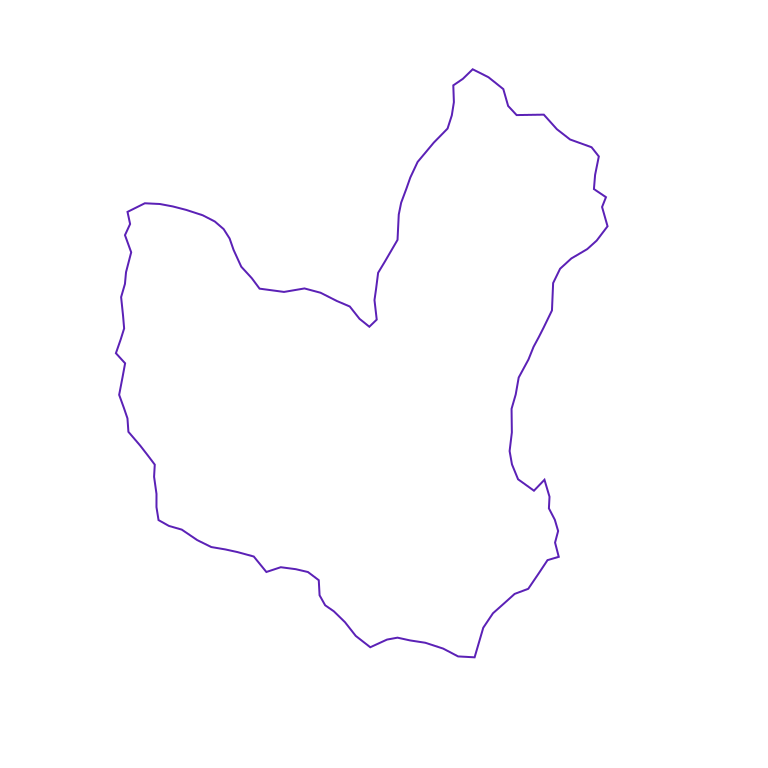 Paranapuã, São Paulo, Brazil (orthographic projection), rotated 347°
{"feature_id": "56859067B54514315232654", "entity_name": "Paranapuã", "entity_type": "district", "adm_level": 2, "iso_a3": "BRA", "parent_name": "Brazil", "parent_adm1": "São Paulo", "projection": "orthographic", "projection_center": [-50.592, -20.064], "detail": "fine", "context": "isolated", "style": "outline", "palette": "violet", "viewbox_px": 768, "rotation_deg": 347, "n_neighbors": 0, "source": "geoboundaries", "source_scale": "gbopen_adm2", "svg_char_len": 1761}
<svg xmlns="http://www.w3.org/2000/svg" viewBox="0 0 768 768"><g transform="rotate(347 384 384)"><path d="M637.3,280.6L636.3,260.6L642.3,251.9L632.4,241.3L636.7,227.8L644.5,210.6L639.5,200.0L620.3,187.6L609.8,174.7L600.3,157.5L573.7,151.8L567.5,141.0L566.6,123.5L554.8,108.6L541.2,97.3L529.5,104.4L518.7,108.6L515.5,125.1L510.5,137.5L503.4,149.4L486.8,160.0L466.7,175.2L456.1,188.7L449.7,198.8L441.5,211.2L436.5,222.2L429.6,246.6L412.6,264.7L403.3,274.3L397.5,290.0L393.6,300.1L391.4,319.6L382.6,324.9L374.8,315.0L368.1,300.8L356.7,292.5L342.7,280.8L328.0,273.0L307.3,271.8L284.2,263.1L279.0,251.2L271.3,237.6L267.6,219.5L266.3,207.5L262.6,197.0L255.7,187.6L245.3,178.8L230.5,169.9L218.2,163.5L206.1,158.2L191.6,154.1L172.8,158.6L172.6,171.0L165.1,180.7L167.3,198.8L157.8,217.0L154.1,228.2L147.4,240.2L145.1,258.8L143.3,271.4L137.5,281.3L129.7,293.7L136.4,305.6L130.8,318.5L123.5,335.0L125.2,349.0L126.3,359.8L124.2,373.1L132.6,389.2L138.0,400.9L142.5,411.0L139.1,422.7L137.6,439.9L134.6,452.8L133.7,465.9L142.5,473.9L154.2,480.4L166.9,494.1L179.0,504.0L192.2,509.5L203.4,514.8L218.3,522.8L227.1,540.7L242.2,539.3L256.4,544.6L267.6,550.1L276.3,560.5L273.7,575.4L276.9,586.4L284.0,594.2L292.4,607.3L299.8,623.1L311.4,637.4L329.5,633.7L340.1,634.2L351.7,639.7L366.0,645.4L382.1,655.1L394.9,666.1L410.8,670.7L425.9,643.8L438.6,631.9L451.8,624.7L464.1,617.9L478.5,616.0L492.3,603.2L503.7,592.4L515.4,591.7L515.0,577.0L520.6,566.4L519.9,554.7L516.7,542.3L519.9,531.1L518.8,513.4L506.1,521.7L493.2,507.0L490.6,491.1L491.3,477.6L497.7,459.9L502.7,436.9L510.0,423.8L516.7,408.0L530.3,392.6L538.1,381.4L545.4,373.1L552.1,365.1L564.2,350.1L571.5,323.7L581.5,311.3L594.8,303.8L612.3,298.3L623.5,292.1L637.3,280.6Z" fill="none" stroke="#5b21b6" stroke-width="2"/></g></svg>